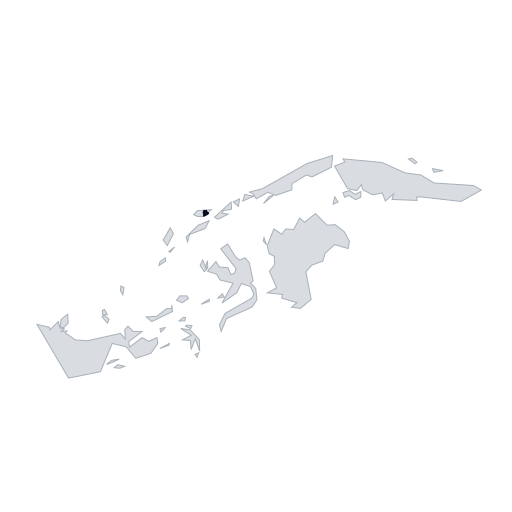 location of Sumba Tengah, Nusa Tenggara Timur, Indonesia, rotated 146°
{"feature_id": "22746128B11743482298506", "entity_name": "Sumba Tengah", "entity_type": "district", "adm_level": 2, "iso_a3": "IDN", "parent_name": "Indonesia", "parent_adm1": "Nusa Tenggara Timur", "projection": "albers", "projection_center": [119.662, -9.594], "detail": "fine", "context": "in_parent", "style": "filled", "palette": "ink", "viewbox_px": 512, "rotation_deg": 146, "n_neighbors": 0, "source": "geoboundaries", "source_scale": "gbopen_adm2", "svg_char_len": 5097}
<svg xmlns="http://www.w3.org/2000/svg" viewBox="0 0 512 512"><g transform="rotate(146 256 256)"><path d="M175.5,210.7L184.4,221.4L197.1,219.7L203.5,214.4L214.8,217.2L223.4,215.1L234.5,189.2L248.5,187.7L255.2,193.7L248.2,194.4L258.2,206.6L255.5,209.3L267.2,219.1L256.7,218.1L253.4,235.8L245.4,238.4L241.0,245.5L243.8,250.4L240.9,258.3L226.0,268.5L222.5,259.6L216.4,261.8L209.8,256.9L198.6,263.1L196.8,256.8L183.0,257.9L179.9,241.8L172.7,237.6L169.3,226.7L170.3,215.9L175.5,210.7ZM32.3,184.7L55.4,186.5L86.4,212.9L90.0,215.0L91.4,212.0L111.6,226.8L107.1,230.5L118.0,229.3L116.1,237.6L125.3,241.6L130.4,251.4L128.7,256.2L135.8,253.9L142.4,260.6L140.6,286.6L129.8,284.2L129.6,287.9L99.3,263.1L85.9,241.5L74.0,231.0L67.7,217.1L36.4,192.9L32.3,184.7ZM479.7,259.6L475.8,321.8L467.1,312.4L468.4,309.9L456.6,312.2L458.8,306.1L455.7,302.7L456.9,302.3L458.7,302.6L459.9,302.3L454.5,299.6L457.1,299.0L452.7,287.4L442.9,279.9L411.6,267.6L410.7,260.3L406.1,268.2L401.3,269.5L400.0,262.2L392.7,257.1L409.5,256.1L411.8,251.2L396.1,252.0L392.7,245.3L383.7,243.7L386.4,238.4L397.6,234.1L412.9,238.4L414.4,253.3L424.1,263.9L449.7,247.1L479.7,259.6ZM324.8,219.4L313.7,225.7L282.7,223.4L279.0,225.9L277.7,233.7L283.5,241.4L292.4,236.3L310.5,236.0L290.2,246.3L299.2,256.2L298.8,263.0L304.7,270.4L292.3,273.8L292.6,267.4L285.7,261.9L287.2,254.6L283.4,253.8L279.6,256.5L281.2,281.7L272.8,281.9L273.4,266.8L271.9,261.8L266.1,260.7L265.3,254.3L272.3,237.0L275.6,236.6L274.4,229.2L279.7,219.2L287.7,215.9L315.5,220.6L327.1,212.9L324.8,219.4ZM143.7,287.4L165.4,290.2L168.9,294.9L185.6,295.9L189.4,290.8L205.8,295.2L210.5,302.2L223.8,303.2L223.7,309.1L225.6,312.6L212.9,308.2L162.0,304.1L136.3,296.5L143.7,287.4ZM352.6,221.3L362.1,214.7L357.7,222.5L363.8,227.6L354.0,226.5L358.9,238.0L351.9,231.6L349.7,218.5L355.9,208.6L352.6,221.3ZM356.2,256.7L379.1,259.9L381.1,266.9L372.0,261.5L359.2,262.3L355.5,259.4L353.2,262.6L356.2,256.7ZM303.4,310.8L286.8,313.8L275.2,311.5L282.8,307.2L299.1,311.0L304.8,306.0L303.4,310.8ZM255.7,306.3L266.8,307.7L268.7,311.3L246.5,314.6L250.1,308.4L257.7,311.9L260.2,310.5L255.7,306.3ZM323.7,314.3L324.0,321.2L311.4,327.3L312.1,320.6L323.7,314.3ZM141.9,246.9L145.2,254.3L149.7,255.2L148.4,260.0L141.8,257.9L139.5,251.8L133.2,250.8L136.1,246.2L141.9,246.9ZM453.2,312.4L444.7,313.0L449.2,305.4L455.9,304.0L457.8,307.1L453.2,312.4ZM277.1,318.0L282.3,321.4L284.6,325.1L279.4,326.4L267.1,319.4L277.1,318.0ZM343.3,258.5L346.7,263.8L341.5,265.5L335.5,261.5L335.8,258.5L343.3,258.5ZM224.4,306.8L236.2,309.0L230.9,313.3L224.4,306.8ZM242.8,306.9L244.6,313.5L237.7,312.6L242.8,306.9ZM163.2,255.9L157.6,261.0L157.8,254.8L163.2,255.9ZM416.7,283.3L417.7,291.6L415.1,291.9L413.1,285.8L416.7,283.3ZM220.5,295.3L211.5,298.0L207.6,296.6L220.5,295.3ZM307.6,271.9L307.6,279.4L302.4,282.5L304.5,272.6L307.6,271.9ZM53.1,222.2L61.7,225.9L60.9,229.8L53.1,222.2ZM75.3,251.2L71.9,249.8L70.1,243.8L72.6,243.5L75.3,251.2ZM384.8,306.7L383.1,303.6L388.1,298.3L387.7,303.2L384.8,306.7ZM378.0,230.7L387.4,233.1L376.7,232.0L378.0,230.7ZM319.9,244.5L328.5,246.7L319.0,246.4L319.9,244.5ZM303.5,275.6L298.9,279.2L303.0,272.5L303.5,275.6ZM426.6,238.1L431.5,239.0L436.0,242.7L431.5,243.3L426.6,238.1ZM341.8,302.4L338.6,305.0L332.2,305.2L333.9,302.2L341.8,302.4ZM416.0,293.0L413.7,296.8L411.5,296.5L412.0,290.4L416.0,293.0ZM356.1,245.2L350.3,245.7L348.8,244.3L351.3,242.0L356.1,245.2ZM427.0,247.0L434.1,248.0L440.7,249.7L434.2,250.3L427.0,247.0ZM305.3,239.8L311.1,242.4L305.1,243.6L305.3,239.8ZM361.6,208.5L357.7,207.8L361.5,205.0L361.6,208.5ZM318.6,309.1L325.0,307.0L325.8,308.4L318.6,309.1ZM377.4,246.1L376.3,249.4L371.4,247.6L373.9,246.6L377.4,246.1ZM241.6,264.4L239.1,266.7L241.1,259.5L241.6,264.4ZM350.7,232.3L353.6,237.0L352.5,237.7L348.1,234.0L350.7,232.3Z" fill="#d9dde1" stroke="#a8b0b8" stroke-width="1"/><path d="M272.7,321.7L272.8,321.8L273.0,321.8L273.3,321.9L273.5,321.8L273.4,322.0L273.5,322.1L273.7,321.9L273.8,321.9L273.9,322.0L274.0,322.0L273.9,322.1L274.0,322.2L274.1,322.3L273.9,322.4L274.0,322.4L273.9,322.4L274.0,322.4L274.3,322.5L274.5,322.5L274.4,322.5L274.5,322.4L274.5,322.2L274.5,321.9L274.5,321.7L274.5,321.4L274.4,321.3L274.4,321.1L274.5,320.9L274.8,320.9L275.0,320.9L275.3,320.8L275.5,320.9L275.5,320.7L275.5,320.4L275.5,320.2L275.6,319.9L275.6,320.0L275.6,319.9L275.8,319.8L275.8,319.7L275.7,319.7L275.8,319.7L275.9,319.4L276.0,319.4L276.2,319.2L276.3,319.1L276.2,319.1L276.3,319.0L276.2,319.0L276.2,318.9L276.0,318.6L276.1,318.4L276.2,318.2L275.9,318.1L275.8,317.9L275.7,317.8L275.7,317.7L275.7,317.8L275.4,317.9L275.3,318.1L275.2,318.2L275.1,318.3L274.8,318.3L274.8,318.2L274.7,318.1L274.4,318.2L274.2,318.1L273.9,318.1L273.7,318.0L273.6,317.9L273.2,317.8L272.9,317.9L272.8,318.0L272.7,318.0L272.4,318.0L272.2,318.0L272.0,317.9L271.9,317.9L271.7,317.9L271.6,318.0L271.5,318.3L271.6,318.5L271.7,318.8L271.8,318.9L271.8,319.0L271.9,319.3L272.0,319.4L272.0,319.5L272.3,319.6L272.4,319.8L272.3,320.0L272.2,320.1L272.1,320.3L272.1,320.5L272.1,320.8L272.0,321.0L272.3,321.0L272.5,321.0L272.5,321.3L272.4,321.3L272.3,321.5L272.6,321.6L272.7,321.7Z" fill="#0f172a" stroke="#020617" stroke-width="1.5"/></g></svg>